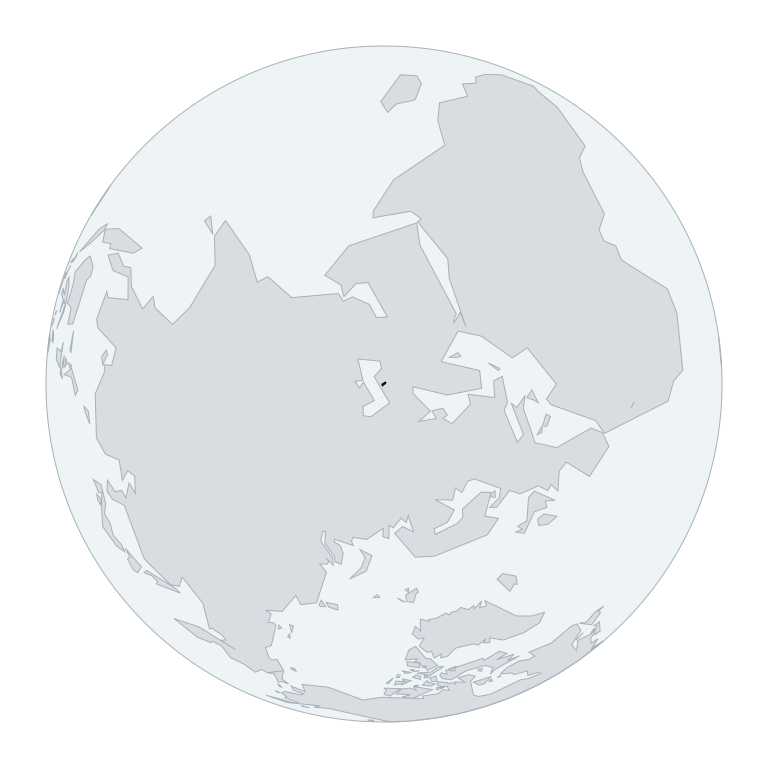 globe centered on Qusar, rotated 182°
{"feature_id": "AZE-1729", "entity_name": "Qusar", "entity_type": "District", "adm_level": 1, "iso_a3": "AZE", "parent_name": "Azerbaijan", "parent_adm1": "", "projection": "orthographic", "projection_center": [48.173, 41.44], "detail": "fine", "context": "on_globe", "style": "filled", "palette": "ink", "viewbox_px": 768, "rotation_deg": 182, "n_neighbors": 0, "source": "natural_earth", "source_scale": "10m", "svg_char_len": 11102}
<svg xmlns="http://www.w3.org/2000/svg" viewBox="0 0 768 768"><g transform="rotate(182 384 384)"><circle cx="384" cy="384" r="338" fill="#eef3f6" stroke="#a8b0b8"/><path d="M348.4,48.0L349.4,47.9L360.7,47.1L367.7,46.8L391.0,50.9L427.4,57.7L442.9,58.7L436.3,60.1L468.6,62.2L491.0,68.8L463.1,62.3L458.3,62.6L472.2,67.1L470.3,68.4L475.9,71.7L472.3,73.2L456.3,70.3L453.7,71.4L463.7,74.7L466.4,78.9L452.1,73.8L455.4,80.9L429.2,79.0L393.9,67.4L376.7,70.7L333.3,71.0L334.6,73.5L319.0,76.3L314.7,80.6L307.9,80.2L310.4,84.1L317.4,83.7L320.8,85.5L319.0,88.2L309.9,87.9L309.6,86.5L305.9,87.9L302.2,86.7L303.0,88.8L292.2,88.6L300.0,93.0L289.0,96.4L282.7,95.2L287.2,89.8L283.8,76.5L278.8,75.0L267.1,77.6L237.0,93.2L229.9,94.5L217.4,100.1L219.5,101.5L230.0,97.7L230.8,102.4L243.6,98.1L245.9,99.7L257.5,98.2L251.4,104.6L239.3,111.9L229.4,113.8L223.8,117.4L229.8,121.1L208.0,130.8L187.9,148.8L182.7,151.1L178.7,144.6L187.4,129.8L182.3,124.4L181.2,134.5L168.3,141.5L164.3,145.8L162.5,149.7L165.7,149.8L160.4,154.0L159.4,144.7L164.3,140.8L164.5,143.5L168.5,137.0L167.8,132.2L161.3,136.9L167.1,127.1L162.5,130.6L161.2,130.9L168.1,125.8L155.8,135.2L157.9,132.9L178.3,115.9L199.9,100.6L222.7,87.1L246.4,75.3L271.0,65.5L296.3,57.6L322.2,51.8L348.4,48.0ZM47.3,412.4L49.8,433.7L51.2,442.6L47.3,412.4ZM371.1,46.6L361.2,47.0L351.6,47.6L360.1,46.9L371.1,46.6ZM388.9,47.6L383.7,47.7L381.7,46.8L385.3,46.9L388.9,47.6ZM454.6,59.6L446.9,57.7L455.0,59.2L454.6,59.6ZM477.3,71.9L480.1,72.2L481.8,73.8L477.3,71.9ZM260.0,94.9L258.7,96.5L257.2,95.9L260.0,94.9ZM266.2,92.9L265.3,91.1L268.2,90.0L268.6,91.1L266.2,92.9ZM477.9,77.9L479.8,80.9L475.1,77.3L477.9,77.9ZM266.6,95.5L273.3,88.2L278.3,86.3L284.2,89.1L266.6,95.5ZM479.1,82.4L483.8,90.5L490.5,91.4L474.4,94.0L475.7,85.8L468.8,80.9L475.6,83.1L479.1,82.4ZM320.5,82.5L312.9,83.0L320.9,80.2L320.5,82.5ZM324.8,80.3L344.7,70.6L355.0,71.8L346.3,74.5L361.0,74.6L356.2,79.8L347.1,81.0L341.3,79.1L343.9,82.7L324.8,80.3ZM464.7,94.6L463.5,96.4L461.7,94.0L464.7,94.6ZM322.9,86.0L326.0,83.7L335.1,84.4L330.5,89.2L329.0,87.4L322.9,86.0ZM367.2,72.3L373.2,74.0L371.0,78.6L373.0,80.0L357.0,80.1L367.2,72.3ZM326.0,88.6L328.0,91.7L322.0,94.0L320.4,88.3L326.0,88.6ZM339.4,82.7L343.5,83.4L339.7,84.5L339.4,82.7ZM301.7,104.6L305.2,101.3L310.3,101.3L301.7,104.6ZM329.1,92.8L331.2,92.0L333.6,91.8L333.6,94.3L329.1,92.8ZM356.5,83.6L354.4,85.3L363.0,83.7L361.7,87.5L351.2,87.0L355.2,88.9L354.8,90.1L346.7,88.4L356.5,83.6ZM340.8,96.3L327.1,97.7L319.5,103.6L314.7,103.6L327.9,94.3L340.8,96.3ZM345.0,91.8L341.4,94.5L337.3,92.9L337.3,90.0L345.0,91.8ZM364.5,90.5L369.2,84.7L371.4,85.1L364.5,90.5ZM339.4,98.3L342.8,97.9L339.3,98.9L339.4,98.3ZM357.7,93.1L359.1,90.9L361.5,91.3L357.7,93.1ZM348.3,99.3L343.9,99.6L343.7,97.6L348.3,99.3ZM353.2,96.7L356.2,97.9L346.3,96.6L353.5,95.6L353.2,96.7ZM359.7,93.9L361.6,93.4L358.8,94.7L359.7,93.9ZM351.4,107.4L339.0,106.3L338.7,101.6L350.8,103.1L351.4,107.4ZM93.8,465.2L85.9,408.3L94.5,397.4L99.5,376.8L161.9,342.4L171.3,354.8L216.2,369.1L221.1,374.6L211.7,389.9L242.1,425.1L256.7,414.6L288.3,435.2L311.9,439.4L327.6,408.3L288.9,400.8L286.3,383.1L320.5,375.2L354.8,382.3L354.9,375.8L336.6,358.4L347.9,347.8L330.6,351.4L335.1,359.0L324.4,361.8L319.6,355.2L323.8,351.5L314.5,346.7L296.9,366.9L299.5,376.7L272.8,374.3L274.6,390.8L266.1,395.8L259.9,369.9L263.1,361.9L248.6,330.4L242.8,338.4L256.1,369.1L250.4,365.1L242.6,377.5L244.0,365.0L231.0,330.6L209.2,326.4L175.4,347.2L163.9,342.9L157.1,329.3L175.5,298.8L199.1,312.3L205.9,302.9L206.4,283.1L213.5,289.3L216.6,283.2L226.0,287.7L244.4,278.9L254.7,282.1L267.0,264.8L273.9,264.4L264.7,274.5L263.8,283.7L290.2,292.3L296.7,289.9L302.5,278.3L309.0,282.6L311.3,270.4L328.9,270.2L309.4,260.6L315.7,248.1L328.9,241.0L327.5,235.5L305.9,247.2L300.4,253.6L301.3,261.6L283.3,279.2L273.2,279.4L278.7,255.5L265.0,253.7L275.3,237.0L327.5,213.7L346.7,212.0L368.0,235.1L360.6,242.2L349.3,237.1L355.2,253.3L356.9,246.4L362.3,250.5L369.7,240.5L373.9,242.9L373.8,229.6L379.8,231.5L379.7,239.9L395.8,228.0L409.5,229.7L411.1,225.9L409.0,221.4L427.8,227.2L428.2,224.2L422.1,221.1L418.9,213.4L420.6,202.3L427.0,204.9L427.3,209.2L437.5,222.7L437.3,234.6L440.1,234.6L441.8,225.0L429.3,208.4L428.5,201.1L435.6,207.9L432.9,204.8L434.5,202.1L442.1,201.9L434.9,194.1L443.8,163.0L459.5,160.6L464.7,169.6L477.8,153.3L494.4,153.6L488.8,150.5L491.2,141.7L486.1,141.4L483.6,139.3L487.5,118.6L493.4,116.4L488.8,105.6L485.9,104.3L481.3,105.1L474.4,94.0L490.5,91.4L496.2,94.5L502.4,91.4L514.6,99.4L527.6,105.1L537.3,116.8L546.7,121.0L548.0,119.4L561.8,124.6L585.5,142.2L560.4,134.8L523.6,113.5L538.1,122.3L533.1,122.7L537.2,127.5L547.6,134.0L549.8,133.2L557.4,158.7L578.9,184.0L581.6,174.6L590.6,176.1L617.4,200.7L639.3,253.7L651.5,259.4L657.1,267.3L657.1,278.3L649.0,267.0L642.6,268.6L638.0,261.1L635.3,276.2L628.7,266.1L629.9,283.5L637.3,288.5L642.1,278.3L646.0,298.8L660.0,304.2L669.5,320.1L672.3,364.1L663.4,387.4L664.5,393.5L656.8,393.1L652.9,410.8L671.9,430.1L673.5,438.9L664.2,466.6L662.9,460.7L642.8,459.4L643.4,482.1L658.8,488.0L664.3,503.1L654.3,505.6L648.3,492.6L641.1,491.6L639.9,472.9L627.9,450.6L617.7,463.3L615.5,452.0L597.5,436.2L581.0,453.3L556.9,496.7L558.6,525.7L548.1,541.9L523.1,508.5L514.3,481.4L503.8,487.1L479.3,467.1L432.8,472.8L427.5,465.4L418.5,469.9L401.4,463.0L393.9,450.1L383.0,451.2L403.5,484.8L415.4,483.5L427.1,469.7L430.5,481.6L447.0,490.5L423.9,520.9L357.0,546.1L352.9,524.0L314.2,456.7L316.7,449.6L316.6,448.7L316.3,447.2L310.3,458.5L304.4,444.6L322.6,492.4L324.6,511.4L356.1,547.3L352.5,550.5L363.4,557.6L400.9,549.7L400.6,556.7L381.5,588.4L331.5,624.8L339.5,649.1L338.3,667.0L310.4,674.5L316.1,686.6L302.1,688.0L303.4,693.7L294.1,696.9L277.2,697.0L245.0,686.8L240.4,681.9L220.3,666.4L191.3,628.8L196.6,617.0L192.6,603.0L169.7,561.8L174.5,545.5L169.0,534.5L157.3,530.2L151.3,516.7L144.5,512.3L104.2,489.0L93.8,465.2ZM136.2,368.9L133.5,374.7L133.4,374.8L136.2,368.9ZM388.8,406.7L411.0,408.1L405.1,386.7L413.2,385.8L408.2,379.2L404.6,385.2L393.1,367.1L404.2,360.9L403.6,351.6L396.1,350.8L377.7,365.3L394.0,390.9L387.1,399.5L388.8,406.7ZM168.4,142.0L168.3,142.9L165.4,147.2L164.8,146.0L168.4,142.0ZM165.0,163.5L156.5,169.8L162.1,164.2L159.5,163.2L168.0,150.7L180.5,151.7L173.3,153.2L165.0,163.5ZM182.9,135.4L176.1,142.5L183.1,134.7L182.9,135.4ZM224.3,248.1L225.8,254.2L219.6,259.7L206.6,257.8L215.3,249.5L224.3,248.1ZM229.3,261.6L238.5,239.7L247.0,240.7L240.7,243.7L245.4,246.6L236.4,252.3L235.6,275.6L230.1,282.2L209.0,273.8L218.9,272.6L216.9,266.4L229.3,261.6ZM246.8,188.7L250.9,181.1L264.1,192.8L258.8,198.7L245.4,196.6L243.8,188.5L246.8,188.7ZM275.8,102.8L276.5,100.5L279.0,100.4L280.4,102.3L275.8,102.8ZM302.9,103.1L275.3,113.4L274.7,111.1L259.2,121.0L251.7,118.9L261.9,112.4L244.5,118.6L250.8,112.0L239.1,117.1L262.8,102.9L267.7,97.8L265.1,104.2L271.9,106.1L276.4,105.4L292.6,99.9L306.5,90.6L315.5,91.7L318.2,95.0L316.2,97.4L311.0,95.8L312.1,100.2L303.0,99.7L302.9,103.1ZM344.1,142.9L338.8,138.3L339.5,150.3L330.5,148.6L331.1,150.1L322.9,152.0L314.1,157.2L310.6,155.4L308.7,158.2L303.3,159.8L299.5,163.3L291.8,161.5L286.6,165.7L285.9,162.5L278.9,170.4L280.7,163.8L273.8,165.8L275.7,171.1L243.7,156.8L228.9,157.2L215.6,161.4L220.5,150.5L236.1,140.1L255.9,132.3L269.5,134.0L269.2,129.2L275.6,128.8L273.2,132.7L280.8,126.5L285.4,127.4L303.1,122.6L311.3,114.0L317.9,112.3L317.0,116.2L324.3,112.0L327.1,118.3L332.0,117.5L339.6,123.3L335.0,131.8L340.8,130.3L346.9,135.1L344.1,142.9ZM353.2,109.1L349.9,118.9L343.3,122.9L332.8,111.3L328.0,111.1L321.0,104.6L330.8,99.0L331.9,101.3L335.2,102.3L330.8,103.6L336.8,103.4L338.5,106.7L343.6,107.5L341.1,110.4L353.2,109.1ZM229.2,370.6L233.5,373.2L240.8,375.2L236.0,383.3L229.2,370.6ZM219.9,347.3L224.1,347.9L220.9,359.6L216.5,357.3L219.9,347.3ZM229.2,338.7L224.6,347.1L224.5,341.1L229.2,338.7ZM268.9,274.6L273.8,274.9L273.2,277.8L269.3,281.2L268.9,274.6ZM344.2,181.1L342.3,177.1L344.4,176.1L346.9,166.6L353.8,167.5L355.0,173.7L344.2,181.1ZM319.5,412.9L311.1,418.0L308.2,414.3L311.6,413.2L319.5,412.9ZM270.3,401.5L280.3,408.5L268.9,403.6L270.3,401.5ZM352.2,180.6L352.4,176.4L355.7,179.5L352.2,180.6ZM359.0,167.9L363.3,170.6L354.9,166.6L359.0,167.9ZM397.1,666.2L378.2,693.6L361.9,693.2L357.1,685.6L362.9,669.0L381.3,664.3L389.9,655.5L397.1,666.2ZM698.7,498.6L701.6,493.7L701.2,495.1L698.7,498.6ZM695.9,500.9L699.7,494.5L694.6,504.5L695.9,500.9ZM701.1,492.0L705.0,482.9L706.7,478.0L706.1,480.9L701.1,492.0ZM692.9,505.4L674.3,528.7L666.0,534.5L668.7,528.3L682.1,514.8L692.9,505.4ZM668.0,528.9L654.4,530.1L630.5,511.3L639.2,506.0L663.0,509.7L661.7,514.6L670.0,516.1L668.0,528.9ZM698.1,472.9L696.5,485.4L686.9,497.6L682.1,501.7L678.9,491.3L680.8,481.8L684.9,477.3L697.1,433.2L702.1,432.6L699.3,449.2L703.1,453.5L698.1,472.9ZM560.3,527.7L569.1,540.8L563.0,545.9L560.3,527.7ZM699.1,407.3L696.1,426.4L697.9,404.2L699.1,407.3ZM698.3,388.7L700.0,394.0L696.8,391.7L698.3,388.7ZM667.1,401.8L662.8,408.1L661.3,404.0L665.8,393.7L667.1,401.8ZM676.7,333.8L681.9,346.1L683.0,351.3L678.5,346.3L676.7,333.8ZM411.5,188.0L400.3,199.6L396.9,209.8L402.2,217.7L390.0,212.0L395.3,196.3L411.5,188.0ZM439.2,165.6L434.5,159.4L439.6,159.3L441.4,160.7L439.2,165.6ZM434.2,163.8L422.7,161.7L422.1,156.5L431.3,159.1L434.2,163.8ZM387.2,170.1L383.4,173.3L380.8,170.6L387.2,170.1ZM663.8,573.4L668.3,566.3L682.8,541.7L663.8,573.4ZM705.6,484.9L710.7,468.0L712.3,462.6L705.6,484.9ZM720.1,418.9L719.7,422.3L719.5,420.5L720.6,411.2L718.9,417.9L721.0,403.8L721.0,409.1L720.1,418.9ZM715.0,441.1L714.6,444.5L713.8,445.2L715.0,441.1ZM716.3,435.5L718.4,429.5L715.9,438.8L716.3,435.5ZM705.4,452.0L706.6,456.5L710.6,444.0L707.5,456.5L709.3,462.4L708.0,468.5L706.5,461.7L704.3,476.2L702.5,479.5L702.3,470.6L704.7,453.7L706.6,444.7L713.2,427.8L705.4,452.0ZM716.7,427.1L715.9,421.3L716.3,414.1L717.2,415.8L716.7,427.1ZM712.0,408.6L708.0,405.2L705.9,414.4L708.8,389.7L712.4,397.1L712.0,408.6ZM706.4,392.7L704.5,401.3L705.5,388.1L706.4,392.7ZM703.2,399.3L701.4,393.2L703.7,390.0L703.2,399.3ZM707.6,390.3L705.5,377.9L707.9,382.6L707.6,390.3ZM696.5,379.8L703.9,382.2L696.8,388.8L689.7,367.2L692.2,361.9L696.5,379.8ZM667.2,264.0L662.8,259.1L663.1,253.2L666.1,258.2L667.2,264.0ZM660.2,231.6L661.8,250.1L662.3,266.0L665.3,265.6L671.1,278.4L663.2,273.4L658.0,254.8L658.8,244.7L652.7,235.0L649.4,223.4L640.6,214.2L637.2,207.2L645.4,212.7L660.2,231.6ZM636.7,210.7L620.1,192.8L623.6,186.9L628.0,189.5L634.2,200.0L632.0,202.4L636.7,210.7ZM617.1,187.0L614.8,189.4L585.6,172.7L580.3,167.9L604.4,176.3L603.5,179.2L610.1,184.7L617.1,187.0ZM467.2,97.2L463.8,96.5L466.7,95.8L467.2,97.2ZM480.7,139.4L477.7,136.4L481.2,135.4L480.7,139.4ZM471.5,128.0L469.6,131.2L468.9,126.7L471.5,128.0ZM466.0,138.9L467.6,132.0L469.9,140.2L466.0,138.9Z" fill="#d9dde1" stroke="#a8b0b8" stroke-width="1"/><path d="M383.1,384.5L383.4,384.0L383.5,383.9L384.1,383.7L384.3,383.6L384.5,383.4L384.9,383.2L385.0,383.1L385.1,382.9L385.2,382.4L385.3,382.3L385.5,382.5L385.4,382.8L385.5,383.1L385.6,383.3L385.7,383.5L385.8,383.7L385.5,383.9L385.3,384.0L384.9,384.1L384.6,384.4L383.8,385.0L382.9,385.7L382.7,385.6L382.4,385.5L382.4,385.4L382.5,385.4L382.8,385.3L382.8,385.2L382.7,385.0L382.8,384.9L382.9,384.7L383.0,384.6L383.1,384.5Z" fill="#0f172a" stroke="#020617" stroke-width="1.5"/></g></svg>